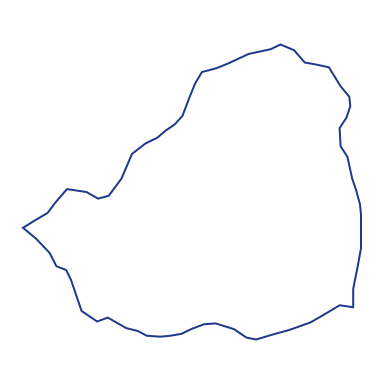 outline of Leonarisso, Cyprus
{"feature_id": "46923920B82945546489957", "entity_name": "Leonarisso", "entity_type": "district", "adm_level": 2, "iso_a3": "CYP", "parent_name": "Cyprus", "parent_adm1": "", "projection": "robinson", "projection_center": [34.124, 35.465], "detail": "fine", "context": "isolated", "style": "outline", "palette": "blue", "viewbox_px": 384, "rotation_deg": 0, "n_neighbors": 0, "source": "geoboundaries", "source_scale": "gbopen_adm2", "svg_char_len": 937}
<svg xmlns="http://www.w3.org/2000/svg" viewBox="0 0 384 384"><path d="M23.0,227.8L36.0,238.6L49.6,252.9L56.4,266.2L66.1,270.0L70.9,279.6L76.7,296.7L81.6,311.0L97.1,321.5L107.8,317.6L126.2,328.1L137.8,331.0L146.6,335.7L160.2,336.7L170.8,335.7L181.5,333.8L191.2,329.1L203.8,324.3L215.5,323.4L233.9,329.1L246.5,337.6L256.2,339.5L271.7,334.8L289.2,330.0L310.5,322.4L322.2,315.7L339.6,305.3L353.2,307.2L353.2,289.1L358.1,264.3L361.0,248.1L361.0,231.0L361.0,214.8L360.0,204.4L356.1,190.1L352.2,178.7L347.4,156.8L340.6,146.3L339.6,128.2L346.4,117.7L350.3,106.3L349.3,96.8L340.6,86.3L328.9,67.3L315.4,64.4L304.7,62.5L294.0,50.2L280.4,44.5L270.7,49.2L248.4,54.0L228.1,63.5L216.4,68.2L201.9,72.1L195.1,83.5L189.3,97.8L182.5,115.8L174.7,124.4L165.0,131.1L157.3,137.7L145.6,143.4L132.0,153.9L121.4,178.7L108.7,195.8L98.1,198.6L86.4,192.0L67.0,189.1L55.4,202.5L47.6,212.9L33.1,221.5L23.0,227.8Z" fill="none" stroke="#1e3a8a" stroke-width="2"/></svg>